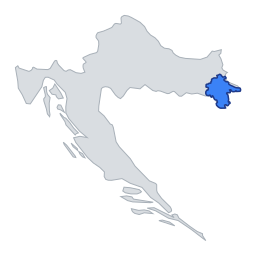 where Vukovarsko-Srijemska sits in Croatia
{"feature_id": "HRV-1605", "entity_name": "Vukovarsko-Srijemska", "entity_type": "County", "adm_level": 1, "iso_a3": "HRV", "parent_name": "Croatia", "parent_adm1": "", "projection": "orthographic", "projection_center": [18.849, 45.171], "detail": "fine", "context": "in_parent", "style": "filled", "palette": "blue", "viewbox_px": 256, "rotation_deg": 0, "n_neighbors": 0, "source": "natural_earth", "source_scale": "10m", "svg_char_len": 5866}
<svg xmlns="http://www.w3.org/2000/svg" viewBox="0 0 256 256"><path d="M17.8,65.8L19.1,68.1L29.0,71.4L31.2,70.3L32.6,68.6L32.7,67.5L33.6,67.2L37.0,69.1L47.9,69.6L50.2,68.4L54.6,61.0L56.0,60.4L56.8,60.8L57.4,63.1L58.8,65.2L64.0,70.6L66.1,71.3L68.2,70.0L70.3,69.7L76.1,72.7L81.1,73.4L84.9,72.2L83.2,68.0L83.0,66.0L83.3,64.2L86.0,62.5L85.9,61.7L82.9,58.4L83.1,57.6L90.0,54.4L96.6,52.6L97.7,51.1L98.8,44.5L98.6,41.0L96.1,37.6L96.0,35.9L96.7,34.2L97.8,32.7L103.5,31.1L111.8,27.5L114.4,24.0L115.9,23.4L120.4,24.1L121.4,23.2L121.0,18.0L121.8,16.7L124.2,15.4L128.2,16.0L131.5,17.5L140.1,22.3L144.6,26.6L147.1,31.3L150.5,35.0L154.9,37.7L158.3,41.2L160.8,45.7L164.4,48.2L169.0,48.8L172.0,50.4L173.2,52.9L175.7,55.1L179.5,57.2L185.4,58.4L200.4,59.4L207.1,57.1L212.2,51.1L214.3,51.5L221.3,49.7L220.8,53.4L218.8,55.0L220.9,58.7L222.9,64.8L221.8,67.8L223.1,70.1L227.4,72.5L226.2,73.2L225.2,75.2L225.1,78.8L228.5,82.2L237.6,85.9L240.3,88.9L240.4,90.2L239.9,91.1L232.9,91.4L230.2,89.9L229.9,92.3L227.4,93.1L228.8,102.0L228.3,104.6L227.3,105.5L225.3,105.0L224.8,105.8L225.2,107.7L222.7,108.0L218.6,107.0L216.8,105.2L216.4,101.8L215.2,99.2L211.9,96.4L205.2,95.9L197.4,93.2L191.7,94.0L186.3,92.7L181.6,96.2L179.2,96.1L174.5,91.6L173.1,91.3L169.0,93.5L167.3,93.6L160.5,91.1L157.9,90.7L156.1,91.4L152.8,90.5L145.0,84.6L140.0,88.8L130.0,87.5L127.0,90.4L123.4,95.9L120.5,98.6L118.2,97.5L115.4,94.9L110.7,88.4L108.2,87.1L105.3,86.7L102.8,87.4L101.4,88.6L98.8,106.1L98.6,111.1L104.0,115.8L110.2,124.0L112.3,124.9L113.3,127.5L116.1,141.8L119.3,146.8L130.3,158.7L135.0,166.1L149.3,180.8L155.7,183.5L156.7,184.8L156.7,190.4L157.3,192.5L161.6,198.4L170.3,207.0L171.3,209.0L171.6,210.5L171.0,211.6L168.6,212.7L158.6,202.9L150.7,197.5L142.0,187.4L130.1,183.2L122.0,178.6L111.6,180.3L108.2,180.2L105.8,179.4L104.2,176.6L104.4,171.9L99.8,167.4L93.4,163.0L87.5,157.4L75.8,142.5L73.6,137.8L79.9,136.3L87.2,137.6L79.6,131.2L68.9,118.7L65.9,112.9L65.8,106.8L67.0,98.5L65.3,92.4L57.2,84.2L54.2,80.0L48.1,77.2L45.3,77.3L43.4,80.2L41.8,86.8L30.3,103.9L26.3,103.5L22.3,94.8L18.3,88.2L17.8,81.4L15.4,67.6L17.8,65.8ZM202.5,233.7L202.6,235.7L205.8,240.6L191.5,229.6L178.1,220.5L168.5,218.2L155.6,210.8L147.2,208.1L154.1,207.7L174.1,217.6L171.9,215.0L174.8,214.0L177.3,214.8L178.8,217.9L190.0,226.5L197.2,231.5L202.5,233.7ZM50.0,114.6L49.6,116.7L47.4,113.9L46.4,109.0L43.9,101.1L43.7,98.9L45.3,96.8L45.3,94.7L43.6,87.7L45.4,86.7L46.5,86.7L46.6,91.4L47.4,94.2L50.1,97.6L49.2,103.1L49.4,111.0L50.0,114.6ZM63.3,98.0L58.5,98.9L56.4,96.7L55.9,94.9L52.0,94.2L49.3,90.6L52.8,88.1L54.8,84.0L60.8,93.0L63.3,98.0ZM137.1,193.9L130.9,193.9L125.4,192.8L122.8,191.0L124.0,187.2L130.0,187.7L139.2,189.6L141.4,191.6L140.7,192.5L137.1,193.9ZM153.2,202.2L150.4,202.7L132.7,201.9L127.6,200.6L120.8,196.6L126.6,195.9L131.9,196.9L133.5,199.1L153.2,202.2ZM76.3,133.6L75.2,135.0L66.0,124.9L65.0,121.7L60.5,114.9L59.9,113.1L64.1,117.6L65.7,118.1L69.7,122.5L73.6,128.0L78.4,132.9L76.3,133.6ZM131.4,208.7L138.7,210.4L144.2,209.9L149.0,210.9L152.8,213.6L144.3,212.8L139.2,214.5L134.8,213.4L133.1,212.2L132.0,210.8L131.4,208.7ZM75.3,156.2L75.8,157.5L73.2,156.9L64.2,144.5L63.3,142.2L66.6,145.1L75.3,156.2ZM60.8,105.1L64.4,112.3L60.9,110.0L57.7,109.0L57.0,107.3L58.3,104.8L60.8,105.1ZM169.4,222.0L174.8,225.8L158.9,220.6L162.4,220.1L169.4,222.0ZM82.6,153.7L85.0,157.8L82.6,156.9L80.1,154.3L78.7,151.5L82.6,153.7ZM77.3,148.6L77.8,150.6L73.1,146.7L71.1,143.1L77.3,148.6Z" fill="#d9dde1" stroke="#a8b0b8" stroke-width="1"/><path d="M211.4,97.2L211.1,97.0L210.8,96.7L210.6,96.2L210.4,95.5L210.2,95.3L209.9,95.1L209.6,95.2L209.1,95.5L208.8,95.6L208.5,95.6L207.9,95.4L207.6,95.4L207.0,95.6L207.0,95.8L207.0,95.7L206.1,94.4L205.8,93.5L205.8,93.0L205.8,92.5L205.8,92.1L205.9,91.7L206.0,91.4L206.2,91.1L207.1,90.0L207.4,90.2L207.6,90.2L207.8,90.1L208.0,89.9L208.2,89.5L208.2,89.2L208.3,88.9L208.3,88.2L208.3,87.9L208.2,87.7L207.8,87.4L206.5,87.2L206.3,87.2L206.1,87.0L206.0,86.9L206.0,86.6L206.1,85.1L206.1,84.9L206.2,84.6L206.5,84.3L206.9,84.2L208.5,83.9L208.7,83.7L208.8,83.5L209.0,83.3L209.2,83.2L210.5,83.2L210.8,83.0L210.9,82.7L210.9,82.4L210.9,82.2L210.9,81.8L211.0,81.6L211.4,81.3L211.5,81.1L211.5,80.9L211.6,79.6L211.6,79.4L211.7,79.2L211.9,79.0L212.3,78.8L213.2,78.3L214.0,77.9L216.8,78.0L217.1,77.8L217.3,77.5L217.4,77.2L217.4,76.9L217.3,76.5L217.3,76.4L217.2,76.2L216.9,75.9L216.8,75.7L216.9,75.4L217.1,75.3L218.2,75.1L218.5,75.0L218.8,74.8L219.0,74.6L219.4,74.4L219.6,74.3L220.1,74.4L220.4,74.5L220.9,74.9L221.1,75.1L221.3,75.3L221.4,75.7L221.4,75.8L221.5,75.9L221.7,76.0L222.1,76.3L222.4,76.6L222.5,76.8L222.6,77.0L222.8,77.1L223.1,77.1L224.4,76.8L225.0,76.4L225.5,76.9L226.1,77.9L225.8,78.6L224.8,78.8L224.0,79.2L224.1,80.3L224.8,80.8L225.2,81.0L225.5,81.3L226.1,81.8L227.0,81.7L227.5,81.8L228.1,82.1L228.6,82.6L228.7,83.1L228.9,84.3L231.0,85.5L232.5,86.1L234.9,87.3L236.1,87.7L239.5,88.0L240.2,88.3L240.6,89.4L240.5,90.7L240.1,91.2L240.0,91.3L236.7,91.5L236.5,91.3L236.2,90.9L235.7,90.9L235.6,91.1L235.4,91.4L235.2,91.5L233.6,91.7L232.8,91.7L232.1,91.4L231.7,91.0L230.9,89.9L230.5,89.7L229.6,89.9L229.9,90.7L230.4,91.7L230.2,92.6L229.4,92.8L227.3,92.6L226.7,93.1L226.7,93.6L227.0,94.0L227.4,94.4L227.7,94.7L228.0,95.4L228.1,96.0L228.3,97.3L228.6,98.9L228.6,99.4L228.6,100.0L228.4,100.6L228.3,101.3L228.3,101.8L228.8,102.2L229.5,101.9L229.9,102.3L230.1,103.1L229.8,103.5L229.3,103.7L229.0,104.0L228.4,105.0L228.0,105.5L227.5,105.7L227.0,105.7L226.2,104.8L225.7,104.7L224.6,105.2L224.8,106.3L225.6,107.9L225.2,108.1L224.0,108.1L220.7,108.2L219.5,107.8L218.9,107.4L217.9,106.7L216.6,105.3L216.2,103.7L216.5,103.2L217.3,102.6L217.4,102.0L217.4,101.8L217.2,101.6L217.1,101.4L217.1,101.0L217.0,100.9L216.9,100.5L216.8,100.3L216.7,100.1L216.4,100.0L215.3,99.9L214.9,99.7L214.4,99.2L213.0,96.2L212.8,96.0L212.5,95.8L212.3,95.9L212.1,96.1L212.0,96.4L211.9,96.7L211.8,97.0L211.4,97.2Z" fill="#3b82f6" stroke="#1e3a8a" stroke-width="1.5"/></svg>